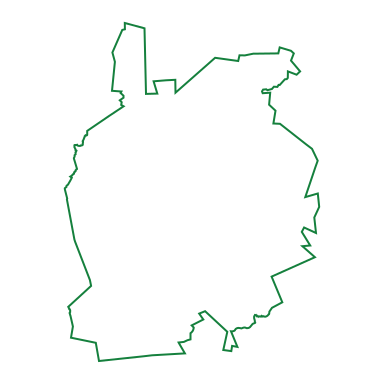 the district of Cucurpe, Sonora, Mexico
{"feature_id": "50627088B85170396923038", "entity_name": "Cucurpe", "entity_type": "district", "adm_level": 2, "iso_a3": "MEX", "parent_name": "Mexico", "parent_adm1": "Sonora", "projection": "mercator", "projection_center": [-110.671, 30.429], "detail": "fine", "context": "isolated", "style": "outline", "palette": "green", "viewbox_px": 384, "rotation_deg": 0, "n_neighbors": 0, "source": "geoboundaries", "source_scale": "gbopen_adm2", "svg_char_len": 4825}
<svg xmlns="http://www.w3.org/2000/svg" viewBox="0 0 384 384"><path d="M269.1,314.0L269.2,313.6L269.4,311.6L272.0,307.8L282.3,302.3L271.6,276.6L314.9,257.2L302.4,246.2L310.2,245.5L301.8,231.9L304.1,227.5L316.0,233.0L314.3,217.5L319.2,206.9L317.8,193.5L305.3,197.1L315.2,167.7L317.7,160.7L312.0,148.8L306.2,144.4L288.5,130.5L284.7,127.5L281.9,125.3L280.0,123.8L273.4,123.5L275.5,110.7L269.1,104.7L270.2,92.7L262.7,93.2L262.0,91.4L263.1,89.6L266.3,89.3L267.4,90.2L271.9,89.0L273.9,86.7L277.4,86.9L278.6,84.9L279.7,85.0L284.9,79.3L286.8,79.1L287.8,77.9L287.9,71.4L296.6,74.7L300.1,71.4L291.0,60.6L293.8,53.4L291.0,50.8L279.7,47.4L278.3,53.4L253.2,53.7L244.9,55.4L239.5,55.3L238.2,61.0L215.1,57.8L175.5,92.7L175.3,79.8L165.9,80.3L153.6,81.3L157.3,93.6L146.0,93.9L144.5,28.3L124.8,23.0L124.9,29.3L122.3,29.9L112.4,52.5L114.9,61.8L112.0,90.8L121.4,91.5L120.6,93.0L123.5,95.7L123.5,97.7L119.8,100.3L121.7,102.2L121.2,104.9L123.6,106.3L109.3,115.8L87.2,130.9L87.2,134.8L87.0,135.2L86.8,135.3L86.2,135.5L86.0,135.4L85.9,135.3L85.6,135.2L85.5,135.3L85.6,135.6L85.6,135.8L85.4,135.9L85.0,136.0L84.9,136.0L84.7,136.2L84.7,136.3L84.6,136.6L84.6,136.8L84.6,137.0L84.5,137.3L84.4,137.5L84.3,137.8L84.2,137.9L84.0,138.2L83.9,138.3L83.9,138.6L83.9,138.8L83.8,139.1L83.5,139.7L83.2,140.2L83.1,140.5L82.8,140.9L82.7,141.1L82.7,141.3L82.7,141.5L82.8,141.7L82.9,141.8L83.0,141.8L83.0,142.0L82.9,142.2L83.0,142.6L82.9,142.9L82.9,143.1L82.8,143.5L82.7,143.6L82.7,143.8L82.7,144.0L82.8,144.2L82.8,144.4L82.8,144.6L82.7,144.9L82.6,145.0L82.4,145.1L82.1,145.3L81.9,145.4L81.6,145.5L81.4,145.5L81.1,145.4L80.8,145.4L80.7,145.5L80.3,145.8L80.0,146.0L79.9,146.0L79.6,145.9L79.3,145.9L79.1,145.9L78.8,145.9L78.2,145.8L77.9,145.6L77.6,145.5L77.5,145.4L77.4,145.4L77.2,145.1L77.1,144.8L76.7,144.9L76.4,145.0L75.5,145.0L74.8,145.0L74.5,145.1L74.4,145.4L74.4,145.7L74.5,146.1L74.5,146.5L74.4,146.8L74.4,147.1L74.8,147.9L75.2,148.7L75.4,149.0L75.5,149.4L75.5,149.6L75.4,149.9L75.4,150.0L75.6,150.3L75.9,150.5L76.2,150.5L76.4,150.5L76.5,150.6L76.4,150.9L76.3,151.1L76.2,151.3L76.1,151.5L76.0,151.9L75.5,152.3L75.6,154.3L75.1,154.7L74.6,155.2L74.6,156.6L74.4,157.0L74.2,157.5L73.9,158.0L73.9,158.5L77.0,168.9L77.0,169.0L76.9,169.1L76.7,169.1L76.4,169.3L76.3,169.5L76.1,169.8L75.8,170.0L75.7,170.1L75.7,170.3L75.6,170.5L75.6,170.8L75.4,170.8L75.2,171.2L75.1,171.6L74.9,171.7L74.9,171.8L74.7,172.0L74.3,172.1L74.2,172.3L74.1,172.6L74.1,172.8L74.1,173.1L74.0,173.4L74.0,173.5L73.7,173.5L73.4,173.8L73.4,174.0L73.2,174.4L72.8,174.6L72.4,174.8L72.2,175.2L72.1,175.5L70.3,176.6L71.8,177.7L70.2,180.8L68.3,184.0L68.2,184.4L67.8,184.8L67.0,185.4L66.7,185.6L66.5,185.9L66.4,186.3L66.4,187.0L65.6,187.6L65.3,187.8L65.0,188.1L64.8,188.3L64.8,188.6L64.9,189.5L67.2,198.6L66.9,199.3L74.4,239.5L75.1,241.7L89.9,280.0L90.4,282.4L91.1,285.9L68.4,306.7L68.5,306.8L68.4,307.2L68.7,307.8L69.1,308.2L69.1,308.6L69.6,309.1L69.5,309.4L69.7,309.5L69.8,309.7L70.0,309.8L70.1,310.1L70.1,310.3L70.2,310.5L70.2,310.8L70.2,311.0L70.1,311.3L70.1,311.5L70.2,312.0L69.9,312.6L69.7,312.7L69.6,312.9L69.7,313.4L69.7,313.6L69.8,313.8L70.0,314.0L70.1,314.7L70.1,314.9L70.4,315.5L72.3,323.8L72.9,326.5L71.0,337.7L95.8,342.8L99.0,361.0L144.4,356.2L152.0,355.3L184.9,353.4L178.8,342.9L178.6,342.5L183.9,341.9L187.5,340.2L190.5,339.4L190.5,333.2L191.5,332.4L192.6,331.1L193.2,329.9L193.6,328.5L193.7,327.5L191.7,325.4L203.3,319.5L199.2,313.6L205.1,311.2L207.7,313.6L227.3,331.8L223.3,350.0L231.3,351.1L232.1,345.9L237.4,346.9L231.0,331.3L231.9,331.4L232.7,331.3L233.3,331.1L233.8,331.0L234.2,330.8L234.8,330.4L235.3,329.5L235.9,328.8L236.7,328.4L237.2,328.1L237.8,328.0L238.3,327.9L239.1,328.0L240.1,328.1L241.3,328.4L241.5,328.4L241.8,328.3L242.4,328.0L242.8,327.9L243.3,327.7L243.8,327.6L244.4,327.5L245.3,327.6L246.5,328.1L246.8,328.1L247.6,328.1L248.7,327.9L249.1,327.7L250.0,327.1L250.5,326.5L250.9,326.0L251.6,325.2L252.1,324.5L252.6,324.0L253.2,323.6L254.1,323.3L254.9,323.0L255.2,322.7L255.2,322.4L255.0,322.1L254.8,321.4L254.8,321.0L254.7,320.2L254.5,319.4L254.2,318.7L254.2,318.4L254.1,317.4L254.1,316.9L254.2,316.3L254.5,315.8L254.9,315.4L255.0,315.0L255.4,315.1L255.6,315.2L255.8,315.1L256.0,315.0L256.2,315.3L256.3,315.6L256.5,315.8L256.8,315.9L257.0,315.8L257.1,316.0L257.1,316.3L257.6,316.3L257.9,316.3L258.0,316.4L258.1,316.5L258.2,316.3L258.3,316.3L258.5,316.3L258.8,316.4L259.1,316.4L259.5,316.5L259.8,316.5L259.9,316.4L260.0,316.4L260.3,316.4L260.5,316.4L260.7,316.5L260.8,316.6L261.0,316.6L261.2,316.4L261.3,316.3L261.3,316.2L261.5,316.0L261.6,315.9L261.7,316.0L261.8,316.1L261.9,316.4L262.0,316.5L262.3,316.5L262.3,316.4L262.6,316.2L262.8,316.2L262.8,316.3L263.0,316.4L263.3,316.4L263.6,316.4L263.8,316.4L264.0,316.4L264.8,316.7L265.4,316.7L266.0,316.5L266.5,316.3L267.5,315.7L268.1,315.0L268.5,314.7L268.7,314.2L269.1,314.0Z" fill="none" stroke="#15803d" stroke-width="2"/></svg>